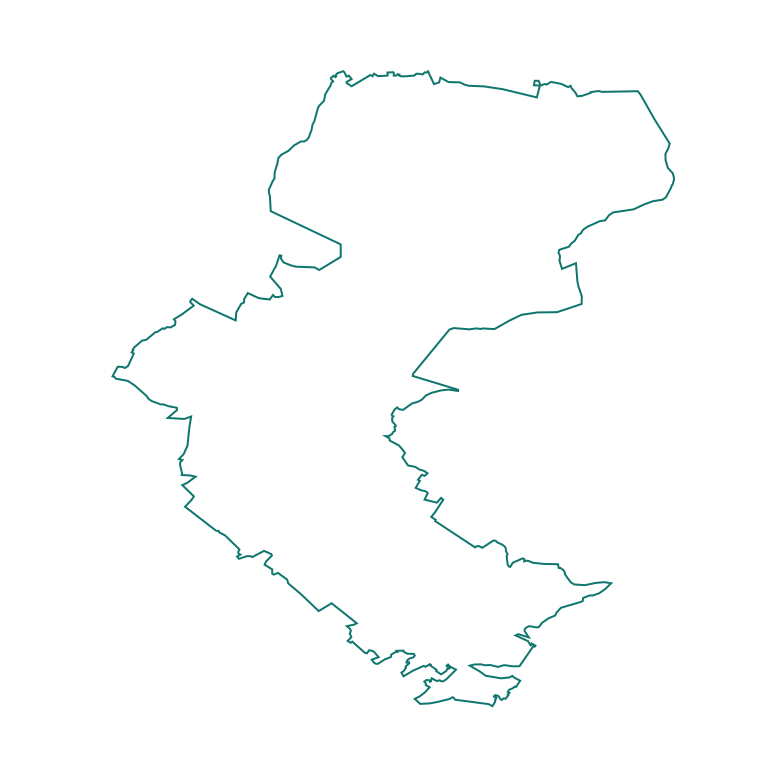 outline of Stangaceaua, Mehedinti, Romania, rotated 185°
{"feature_id": "2599482B21772436223412", "entity_name": "Stangaceaua", "entity_type": "district", "adm_level": 2, "iso_a3": "ROU", "parent_name": "Romania", "parent_adm1": "Mehedinti", "projection": "natural_earth1", "projection_center": [23.284, 44.603], "detail": "fine", "context": "isolated", "style": "outline", "palette": "teal", "viewbox_px": 768, "rotation_deg": 185, "n_neighbors": 0, "source": "geoboundaries", "source_scale": "gbopen_adm2", "svg_char_len": 6116}
<svg xmlns="http://www.w3.org/2000/svg" viewBox="0 0 768 768"><g transform="rotate(185 384 384)"><path d="M278.8,448.3L264.7,458.0L253.1,464.9L237.2,468.7L218.0,470.6L194.1,480.9L194.6,488.8L198.7,497.9L200.3,503.1L203.3,521.1L216.7,514.2L220.0,522.3L219.7,525.6L220.2,527.9L221.6,529.8L221.2,532.9L211.6,537.0L209.9,540.1L206.3,543.5L203.6,549.2L200.6,551.7L200.1,553.5L198.0,556.0L195.1,558.4L183.1,565.1L177.9,566.3L174.6,571.7L170.7,574.9L150.7,579.7L141.0,585.3L131.9,589.6L122.7,591.8L119.3,594.7L115.0,604.9L114.7,606.9L113.8,607.9L112.9,613.1L113.4,615.8L114.9,619.3L120.1,624.0L123.0,631.6L123.7,637.7L121.3,643.6L120.3,648.3L137.9,671.7L153.5,694.4L156.6,697.8L192.3,694.0L195.6,694.6L203.6,692.7L203.5,692.0L211.6,688.4L216.4,687.4L218.8,691.1L222.9,695.0L224.1,697.3L226.4,695.8L233.5,698.4L243.9,699.5L248.2,696.4L250.1,696.9L254.0,694.9L256.4,699.5L260.3,699.2L260.7,694.7L254.7,694.8L256.7,682.8L291.2,688.0L310.1,689.2L325.4,688.5L329.8,689.2L334.5,691.1L346.1,690.4L354.5,694.2L355.4,689.2L360.3,687.1L367.5,699.4L368.7,698.0L370.7,698.0L372.3,695.8L377.4,696.1L379.0,695.8L380.7,693.9L390.7,692.2L394.5,692.1L395.8,692.6L395.6,693.5L397.3,693.8L399.0,692.2L401.2,692.1L401.3,694.6L401.9,695.4L407.7,694.6L407.2,691.7L410.7,691.0L416.9,690.2L420.9,692.3L422.3,689.6L424.5,690.6L442.2,677.8L447.4,680.5L447.6,681.6L442.9,684.9L445.8,688.1L448.2,687.0L450.6,691.1L451.9,692.1L457.6,689.4L459.1,687.4L458.4,686.3L459.2,685.5L461.3,686.6L463.6,684.1L463.1,682.7L461.0,681.1L462.7,679.3L463.2,676.8L467.8,667.4L468.4,661.0L472.7,655.7L473.8,653.5L476.4,639.2L477.8,636.3L478.3,630.9L480.3,623.5L482.1,620.4L484.8,618.6L487.8,618.4L494.1,614.1L499.5,608.0L506.1,603.6L508.9,600.0L509.4,594.6L511.4,585.1L511.0,579.2L512.5,576.5L515.6,567.6L515.4,565.1L514.0,561.1L511.9,546.3L439.3,519.3L438.2,506.8L458.5,491.9L463.2,494.1L482.1,493.2L487.3,494.1L494.7,496.4L497.6,500.0L497.5,502.9L499.3,503.0L501.8,492.4L506.8,481.1L495.1,469.7L492.8,462.9L497.0,461.3L500.3,461.2L502.3,463.0L505.2,458.2L516.1,458.6L527.6,462.7L530.8,456.3L530.5,453.1L533.3,451.3L537.4,442.5L537.3,434.4L574.2,447.4L582.5,452.2L584.1,449.9L584.2,448.8L580.4,445.5L591.2,435.9L598.9,430.2L597.2,428.3L597.3,424.7L601.5,421.8L605.2,421.7L607.7,419.7L609.3,420.2L614.6,416.0L616.1,415.8L624.7,407.4L628.7,406.2L635.8,398.9L637.3,396.4L636.7,395.7L638.2,393.6L635.9,392.5L640.5,379.7L643.6,377.3L646.0,378.3L650.8,377.9L655.1,368.0L653.2,367.6L651.7,365.9L639.5,364.8L632.2,360.8L619.2,351.2L617.2,348.6L613.8,346.7L604.5,344.2L601.6,344.4L596.9,343.1L588.4,342.3L587.9,340.1L596.5,331.3L579.7,331.8L573.3,334.8L574.1,324.3L574.4,305.4L577.5,296.6L581.7,291.4L578.2,290.7L580.2,288.3L580.0,285.1L577.4,277.5L577.5,275.7L568.9,276.0L563.7,275.2L571.6,268.2L576.1,265.7L563.6,255.5L565.8,251.5L571.5,244.4L538.5,223.2L535.9,223.2L535.3,221.9L529.1,219.3L513.6,206.6L514.6,204.0L514.2,202.4L512.2,201.6L515.3,199.2L513.3,197.2L505.5,200.6L501.7,200.8L500.1,200.1L489.0,207.3L481.4,204.7L480.7,203.3L486.0,197.0L487.2,193.6L479.2,189.6L478.8,185.3L477.1,184.5L473.3,186.6L463.4,180.7L462.1,177.1L447.6,166.8L429.3,152.1L417.1,161.0L390.3,143.3L392.8,141.7L399.9,139.5L396.4,137.0L395.5,135.4L396.3,132.5L394.5,129.0L397.8,124.9L394.6,123.3L393.2,124.6L379.7,114.6L377.5,114.2L375.7,117.4L372.6,117.2L370.6,116.3L365.5,111.4L372.2,108.3L369.7,105.5L367.6,104.6L365.7,104.7L359.5,109.5L353.4,112.6L353.2,115.0L349.3,117.9L347.4,118.3L348.2,119.3L341.4,120.1L341.2,119.0L337.1,117.4L330.6,117.7L329.7,116.1L330.8,114.3L334.6,112.8L336.3,111.3L337.3,109.3L337.2,108.5L334.8,109.0L334.6,107.9L337.9,104.4L337.4,103.1L339.6,99.5L341.5,98.1L339.1,94.5L329.9,101.1L319.7,106.7L318.0,105.9L313.9,108.9L313.1,108.5L313.7,107.8L306.7,103.8L307.0,102.6L301.8,99.7L296.8,103.7L296.1,106.0L294.6,106.0L293.8,106.9L297.1,108.7L295.7,110.1L293.9,108.4L287.4,105.7L296.3,95.1L299.2,93.0L301.6,92.9L302.6,93.7L305.7,92.7L310.8,95.0L311.3,91.9L312.2,91.4L312.8,92.8L315.8,92.8L317.9,91.1L316.4,89.6L316.1,87.7L312.1,85.9L316.6,80.1L321.5,75.7L326.0,73.0L320.0,68.5L310.6,69.8L302.8,72.0L291.5,75.8L288.4,77.9L287.3,77.6L285.7,75.7L251.8,74.2L247.9,72.5L245.5,77.3L245.8,78.7L244.8,80.4L244.8,81.4L246.8,81.7L247.3,82.5L245.8,83.8L242.9,83.2L240.2,79.9L239.2,79.5L237.3,81.3L235.5,81.0L233.0,84.8L233.7,85.4L232.1,87.2L233.8,87.9L232.7,90.3L229.1,92.2L227.6,93.9L226.1,93.7L222.5,100.3L229.0,103.0L230.7,104.4L234.0,102.5L241.7,101.0L257.2,102.2L263.2,105.8L274.0,110.9L269.8,112.4L263.0,113.2L259.0,112.6L253.6,113.3L245.8,112.1L239.9,114.4L230.6,114.0L224.4,114.7L212.7,135.3L210.7,135.7L210.3,136.5L214.3,138.3L214.6,136.7L215.2,136.4L218.1,140.4L231.0,145.0L228.4,146.5L217.7,144.2L222.3,150.0L222.5,151.8L220.9,153.9L218.3,155.4L210.4,154.8L208.4,155.5L205.8,159.8L199.7,164.9L193.3,168.3L192.1,171.5L188.2,176.5L168.5,184.2L167.1,185.2L167.0,188.0L166.3,188.6L160.4,191.4L157.8,191.4L151.4,194.3L145.7,199.1L140.3,205.3L147.2,205.8L155.7,204.3L166.3,201.1L177.0,200.9L180.4,202.6L184.0,206.4L187.4,210.6L187.3,211.9L189.1,214.3L192.4,216.2L193.9,215.9L194.9,219.6L208.8,218.7L219.9,218.9L224.5,220.3L227.0,220.4L228.9,219.5L229.0,221.9L230.9,222.3L240.2,217.1L242.4,212.7L244.0,213.3L245.1,215.0L246.8,223.0L246.1,225.4L247.9,227.9L248.3,230.8L249.5,232.5L252.0,234.2L257.6,236.2L259.1,237.6L261.2,237.7L271.8,229.4L275.4,230.8L277.2,230.6L279.1,229.2L321.1,251.9L320.7,253.2L325.3,255.7L322.2,260.3L314.9,273.8L317.2,275.5L321.0,270.4L333.5,272.4L330.9,279.2L333.2,280.8L337.9,281.4L343.4,283.3L339.9,290.6L341.8,291.5L338.4,296.8L335.5,296.0L332.9,298.9L336.8,301.0L341.1,301.8L345.8,304.2L352.9,304.9L359.3,312.6L357.1,317.1L359.4,319.8L363.6,324.0L373.3,328.1L373.8,330.3L377.9,332.2L374.9,332.5L371.6,334.9L371.0,336.6L368.9,338.4L369.8,342.3L368.7,342.8L368.6,343.7L372.4,347.3L373.0,350.5L371.8,352.6L373.1,353.0L373.7,354.2L371.1,359.7L368.8,361.8L366.9,360.2L362.7,359.9L354.5,367.0L348.4,369.4L345.0,371.6L341.3,376.2L335.8,379.4L326.6,382.6L319.0,384.1L309.6,383.5L309.6,384.7L356.1,394.5L355.7,397.0L323.5,444.0L319.3,445.8L303.7,445.9L296.5,447.5L292.6,447.2L290.3,448.0L278.8,448.3Z" fill="none" stroke="#0f766e" stroke-width="2"/></g></svg>